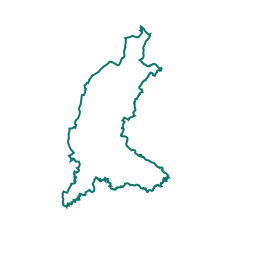 outline of Jamalpur, Dhaka, Bangladesh, rotated 25°
{"feature_id": "16705992B65705561019803", "entity_name": "Jamalpur", "entity_type": "district", "adm_level": 2, "iso_a3": "BGD", "parent_name": "Bangladesh", "parent_adm1": "Dhaka", "projection": "mercator", "projection_center": [89.869, 25.0], "detail": "fine", "context": "isolated", "style": "outline", "palette": "teal", "viewbox_px": 256, "rotation_deg": 25, "n_neighbors": 0, "source": "geoboundaries", "source_scale": "gbopen_adm2", "svg_char_len": 5907}
<svg xmlns="http://www.w3.org/2000/svg" viewBox="0 0 256 256"><g transform="rotate(25 128 128)"><path d="M86.2,178.2L87.6,178.7L88.9,179.7L89.8,179.8L90.2,180.8L90.2,181.8L91.4,180.1L91.1,179.0L91.8,178.7L94.9,180.5L97.7,179.2L99.7,181.3L100.0,184.1L99.5,185.3L98.8,185.8L101.2,186.6L101.6,187.6L101.3,188.0L100.9,189.4L100.3,189.6L100.1,190.2L99.5,189.8L97.9,190.0L98.1,191.8L98.9,192.1L99.2,193.3L99.9,193.6L100.1,194.7L101.2,194.3L102.0,194.8L101.7,195.9L101.0,196.3L101.4,197.3L102.0,197.7L101.5,197.8L101.5,198.6L101.8,198.9L102.8,198.8L103.3,200.0L101.9,201.6L100.1,202.5L100.5,204.0L100.1,208.9L100.4,212.2L98.7,212.7L96.5,212.8L96.4,214.9L97.4,216.6L97.8,218.2L99.6,220.0L100.1,222.7L101.3,223.5L101.2,224.1L101.6,225.1L102.4,225.4L105.3,225.2L105.8,225.5L105.5,224.1L106.2,223.6L107.2,223.4L107.0,223.1L105.8,223.0L106.1,222.4L105.5,221.7L106.1,221.4L106.7,222.3L107.8,220.8L109.2,221.0L109.3,220.5L108.3,219.7L108.2,219.1L109.5,217.7L110.7,217.4L109.4,216.7L109.0,216.1L109.9,215.7L111.0,216.1L110.9,215.2L112.1,214.7L111.7,213.9L112.1,213.6L112.0,212.7L114.0,213.9L114.4,213.5L114.1,213.0L112.7,212.0L112.2,211.0L112.3,210.5L113.1,210.4L113.3,209.7L112.5,209.2L112.1,208.0L113.2,207.6L115.8,207.7L117.5,207.0L117.7,206.4L117.0,205.2L116.8,204.2L119.4,200.3L120.6,201.2L122.1,201.3L122.8,201.1L123.3,199.9L123.8,199.7L123.6,198.5L122.7,196.4L119.8,193.7L119.7,192.4L120.0,190.5L119.5,189.4L119.4,188.5L120.0,187.2L120.7,186.8L120.5,186.5L119.9,186.5L119.9,186.2L121.6,186.2L121.7,186.8L122.4,187.2L123.8,187.4L124.5,187.8L124.4,186.9L123.9,186.5L124.3,186.1L125.4,187.8L125.8,187.4L126.3,187.4L126.5,186.2L127.3,185.7L127.4,185.2L129.5,185.6L129.0,184.6L129.3,184.3L129.8,184.4L129.8,184.0L128.8,183.9L128.2,183.4L128.3,182.9L129.3,183.3L131.2,182.7L131.1,183.1L132.3,184.0L132.1,184.6L132.3,185.8L133.1,185.3L133.8,185.6L135.0,185.3L135.7,185.6L136.2,187.5L136.6,187.6L135.7,188.1L135.6,188.5L136.4,188.3L137.1,189.3L138.5,190.1L140.0,189.8L140.5,190.0L141.4,189.1L141.9,189.4L142.8,189.2L142.7,187.3L143.4,187.0L143.4,186.4L143.9,186.4L144.7,185.5L146.0,185.3L146.5,184.4L146.4,184.1L147.3,184.1L147.4,183.3L148.5,183.3L149.0,181.0L148.8,179.8L150.8,178.3L152.9,178.3L154.2,178.9L155.6,177.8L158.4,177.3L159.4,175.9L162.2,175.3L165.3,177.0L166.6,176.4L167.2,176.7L167.2,175.9L167.5,175.7L168.6,176.2L169.4,175.3L170.2,176.0L170.6,176.7L171.7,177.0L171.9,177.8L172.7,177.8L172.9,177.4L172.7,176.9L173.1,176.7L173.1,176.0L173.5,175.5L174.6,174.8L175.8,175.0L176.6,174.7L176.9,173.7L176.6,172.5L177.1,171.2L176.7,170.2L177.8,169.1L177.3,168.8L178.7,167.1L179.3,166.8L180.2,167.2L181.1,166.8L182.1,167.4L182.9,166.7L181.8,166.3L181.9,165.9L181.6,165.7L181.5,165.0L181.1,164.1L182.4,163.6L182.6,163.3L182.7,161.5L182.2,160.8L183.2,160.6L183.5,160.1L184.8,160.0L185.1,159.8L184.2,159.5L184.7,158.4L183.7,158.8L181.5,158.8L181.5,158.4L181.6,158.1L182.7,158.5L183.1,158.3L183.5,156.9L184.1,156.5L185.2,156.3L185.1,155.5L185.5,155.4L184.1,154.7L184.1,153.9L183.3,153.5L181.4,153.0L179.1,153.2L178.8,152.4L176.6,152.1L176.3,151.7L176.7,150.4L175.8,149.5L174.5,149.9L173.6,150.8L172.9,150.3L171.4,150.9L169.7,150.1L169.0,150.1L168.1,149.4L166.5,148.7L162.9,149.2L160.8,148.6L157.9,149.3L155.3,148.4L154.4,147.7L153.8,147.7L153.7,148.2L151.0,148.4L150.9,148.0L152.1,146.4L150.2,147.4L150.0,148.6L145.4,147.7L144.7,147.1L144.5,146.0L143.6,145.4L141.6,145.8L140.7,146.8L140.4,146.8L138.4,145.9L135.3,145.1L133.7,144.0L133.0,143.0L133.0,141.6L132.6,140.5L132.6,139.1L132.1,138.6L132.0,137.8L131.6,137.2L130.4,136.8L128.2,137.1L125.6,138.3L124.7,137.6L124.6,136.3L125.0,136.2L124.8,131.3L124.5,130.6L123.9,130.2L122.5,130.9L122.4,130.6L123.1,129.3L121.9,126.3L122.3,123.9L119.8,123.6L120.3,121.8L120.2,120.2L124.3,120.2L124.9,120.5L125.2,119.1L124.9,118.2L127.1,116.3L129.0,114.0L127.4,113.7L127.3,112.9L126.2,111.8L126.2,111.4L126.7,110.8L126.5,110.2L127.0,109.6L126.9,108.0L124.9,105.8L123.9,103.5L123.1,103.2L122.8,102.6L122.8,101.9L123.2,101.7L122.9,101.1L123.1,100.3L122.7,99.7L122.9,99.3L122.5,98.4L123.8,97.8L123.6,96.7L124.1,95.7L124.1,95.3L123.7,95.0L124.4,92.5L124.0,92.3L124.1,91.5L124.6,90.4L126.0,89.4L124.3,87.4L122.9,87.5L121.3,87.0L120.8,86.0L121.4,85.0L121.7,81.7L122.0,80.4L121.7,79.8L122.6,79.0L122.5,78.2L123.8,77.1L123.7,75.7L124.3,74.4L124.2,73.4L124.5,72.8L124.3,72.4L124.6,72.0L124.4,69.7L124.9,69.5L124.9,68.5L125.2,68.1L126.9,68.0L127.5,68.3L128.1,69.5L130.3,69.3L130.0,67.0L130.8,65.2L130.2,64.4L130.3,63.8L131.2,62.7L132.4,62.8L133.7,61.9L133.5,61.6L133.2,59.8L132.8,59.5L131.8,60.7L129.4,60.2L128.7,59.5L127.6,59.4L126.8,58.9L125.3,58.7L123.7,59.4L122.9,60.7L122.4,60.9L121.9,62.3L121.2,62.3L120.9,63.2L119.1,63.8L116.4,63.2L115.6,63.6L114.5,62.8L113.4,62.8L113.3,62.5L112.6,62.2L109.9,61.5L111.2,59.9L111.1,59.3L112.0,58.6L111.9,57.3L111.8,56.2L110.2,53.5L108.9,49.9L108.2,49.6L107.8,47.9L107.8,43.7L107.5,42.2L109.0,37.5L109.1,36.5L108.7,36.1L108.7,34.5L107.9,34.4L108.0,33.9L107.2,34.6L103.4,33.4L101.5,32.4L100.7,31.5L96.7,30.5L96.9,31.6L98.1,31.9L98.3,32.6L97.7,34.5L98.4,34.6L99.1,34.2L99.9,35.0L99.5,34.5L99.6,34.0L100.2,35.0L100.3,36.3L99.5,40.6L98.9,41.4L97.5,42.1L92.8,42.8L91.6,44.5L87.5,47.8L88.5,48.4L88.9,49.7L89.5,50.5L91.1,55.9L91.7,56.1L91.6,57.5L92.2,60.8L93.7,62.9L94.6,64.8L93.9,66.7L93.2,67.0L93.0,67.4L93.0,67.7L93.1,70.0L93.4,71.6L93.1,74.8L92.9,75.1L91.5,75.4L85.7,75.0L84.3,75.3L83.2,75.9L82.3,78.9L80.3,82.0L78.1,87.0L78.0,88.6L77.4,89.9L74.8,93.9L73.2,95.7L73.5,96.2L72.5,100.9L72.9,101.1L72.8,104.2L71.9,104.2L71.6,106.2L70.5,107.8L72.2,110.1L73.5,110.5L73.5,112.3L74.0,113.6L74.1,116.8L72.4,117.6L72.5,118.5L75.1,126.3L75.2,130.9L77.5,133.7L78.3,135.8L78.7,140.3L77.7,142.4L77.4,144.2L78.2,146.6L78.8,147.0L79.7,147.1L80.2,150.0L78.6,149.9L78.6,150.6L78.2,150.8L77.7,151.9L75.1,153.3L76.2,155.1L76.7,158.5L78.8,162.6L79.2,165.2L80.0,166.7L83.0,169.8L85.1,171.5L89.3,173.4L87.9,176.1L86.2,178.2Z" fill="none" stroke="#0f766e" stroke-width="2"/></g></svg>